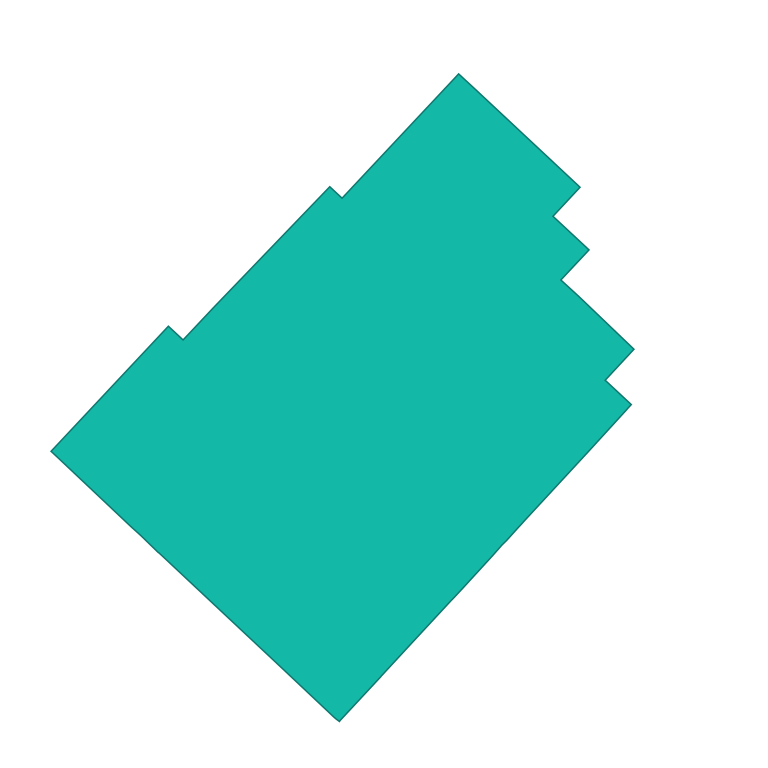 the district of Carter, Montana, United States of America, rotated 43°
{"feature_id": "52423323B60949778824186", "entity_name": "Carter", "entity_type": "district", "adm_level": 2, "iso_a3": "USA", "parent_name": "United States of America", "parent_adm1": "Montana", "projection": "robinson", "projection_center": [-104.408, 45.567], "detail": "fine", "context": "isolated", "style": "filled", "palette": "teal", "viewbox_px": 768, "rotation_deg": 43, "n_neighbors": 0, "source": "geoboundaries", "source_scale": "gbopen_adm2", "svg_char_len": 746}
<svg xmlns="http://www.w3.org/2000/svg" viewBox="0 0 768 768"><g transform="rotate(43 384 384)"><path d="M186.4,660.3L191.5,660.3L193.9,660.3L194.3,660.3L294.4,660.9L296.5,660.9L309.8,660.7L334.0,661.2L334.5,661.0L411.0,661.2L498.2,661.4L574.3,661.8L577.3,661.7L581.6,661.2L581.4,660.2L581.3,600.0L581.2,599.5L581.0,556.7L580.8,496.7L580.9,492.1L580.9,478.0L580.8,468.6L580.5,434.9L580.1,421.2L580.3,416.7L580.4,415.0L580.1,397.6L580.1,392.0L580.0,388.4L579.6,294.8L579.0,237.0L578.9,235.3L578.9,230.4L543.2,230.4L543.1,188.1L467.1,187.1L442.4,187.3L442.5,146.1L393.2,146.1L393.2,106.4L248.2,106.2L227.1,106.3L226.6,276.7L209.8,276.7L207.2,444.6L207.0,488.8L186.9,488.8L186.4,660.3Z" fill="#14b8a6" stroke="#0f766e" stroke-width="1.5"/></g></svg>